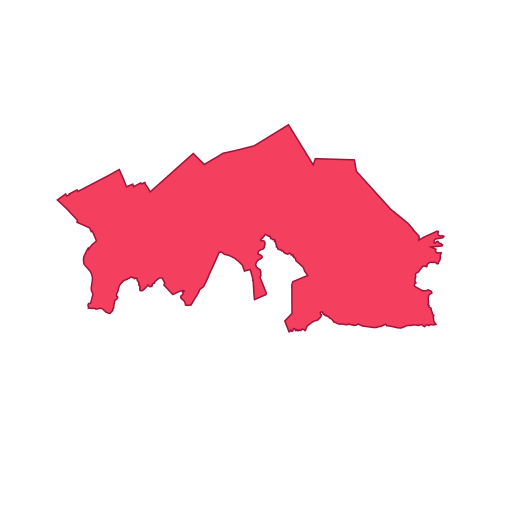 Cuauhtémoc, Zacatecas, Mexico, rotated 238°
{"feature_id": "50627088B81148704477128", "entity_name": "Cuauhtémoc", "entity_type": "district", "adm_level": 2, "iso_a3": "MEX", "parent_name": "Mexico", "parent_adm1": "Zacatecas", "projection": "natural_earth1", "projection_center": [-102.417, 22.46], "detail": "fine", "context": "isolated", "style": "filled", "palette": "rose", "viewbox_px": 512, "rotation_deg": 238, "n_neighbors": 0, "source": "geoboundaries", "source_scale": "gbopen_adm2", "svg_char_len": 6151}
<svg xmlns="http://www.w3.org/2000/svg" viewBox="0 0 512 512"><g transform="rotate(238 256 256)"><path d="M285.4,390.4L307.1,357.9L303.0,352.8L350.1,353.1L350.4,312.9L356.4,294.2L360.6,282.5L360.6,276.2L361.1,261.8L360.9,260.7L376.2,257.1L366.4,200.3L373.4,200.4L374.5,200.1L377.3,200.7L377.8,197.1L379.1,197.0L379.6,189.0L382.3,189.5L383.3,182.8L391.7,184.4L401.8,185.9L402.5,172.6L405.1,139.2L406.8,139.3L406.9,139.0L407.6,130.4L406.9,130.3L407.1,127.3L409.5,127.4L408.8,117.2L395.3,120.8L391.0,121.5L380.9,123.6L379.5,122.0L368.0,129.8L363.9,129.2L363.8,130.4L354.2,128.9L353.3,128.5L352.4,122.7L350.4,117.6L351.6,117.9L351.4,117.3L347.8,111.3L346.5,109.5L344.8,108.0L341.2,106.1L339.4,105.9L331.5,107.2L329.7,107.2L327.7,107.0L324.5,105.9L322.2,104.4L316.1,99.2L313.8,98.1L310.8,97.6L309.6,97.1L303.5,90.6L304.4,88.9L304.0,88.1L302.8,87.1L301.5,87.0L300.7,86.2L298.7,88.7L296.8,91.8L296.0,91.9L295.3,93.0L294.5,95.7L293.1,97.4L291.8,98.1L289.9,98.4L289.0,98.9L288.3,98.8L285.6,100.6L284.8,101.5L284.7,102.1L285.1,102.8L285.2,104.2L285.8,105.2L285.7,105.6L286.8,106.3L287.4,107.8L289.8,109.5L291.7,111.6L293.1,112.5L293.2,115.1L293.8,116.4L294.5,117.0L295.7,116.5L298.1,117.9L298.9,119.7L302.4,123.4L303.5,124.9L304.5,127.6L304.8,129.7L305.3,130.2L304.7,133.7L304.4,134.4L304.7,135.2L304.2,136.6L304.5,137.3L304.5,138.3L303.9,139.7L303.1,140.2L302.7,140.1L302.5,140.6L301.5,141.0L301.2,140.9L301.1,142.4L299.7,143.3L299.0,142.6L298.5,142.4L294.9,142.5L294.6,141.9L293.4,141.2L292.1,141.6L288.9,139.5L288.3,139.4L287.5,140.0L286.7,141.7L287.1,142.6L287.0,143.8L287.8,146.1L288.5,149.0L286.2,149.7L285.9,150.2L285.5,151.6L286.5,152.9L287.1,153.0L287.2,153.3L287.3,154.1L286.9,155.3L286.9,155.8L288.0,157.0L288.1,158.6L288.4,159.5L288.2,159.8L288.6,161.8L288.4,162.9L287.0,164.8L281.3,164.3L280.3,162.5L267.4,165.0L266.4,173.2L265.0,176.3L264.6,176.5L264.2,176.4L264.5,174.9L264.3,174.5L264.0,174.3L263.0,174.5L262.2,173.9L261.8,171.0L260.2,170.0L255.6,171.2L254.0,171.1L251.7,170.2L250.0,172.4L249.6,173.8L248.8,174.7L253.3,183.6L253.6,184.6L254.5,186.0L255.8,188.5L257.4,190.4L257.8,195.3L262.7,203.2L265.5,207.0L269.7,213.6L278.8,227.0L276.9,229.3L274.4,229.9L270.9,233.3L267.8,235.3L266.5,235.9L265.7,236.7L262.9,237.5L261.3,238.2L255.5,239.6L249.3,238.2L247.6,244.0L237.2,240.8L237.3,240.3L236.9,240.2L236.4,240.4L225.0,234.2L219.8,231.6L218.0,244.0L218.3,244.3L219.1,245.1L236.2,248.2L236.6,249.7L239.1,250.9L239.8,251.6L241.9,252.3L246.3,250.4L249.0,251.3L250.3,252.7L251.2,254.7L251.4,255.6L251.2,257.7L251.3,260.0L251.7,260.6L252.0,260.8L253.3,260.9L254.5,260.4L256.6,258.7L258.0,259.8L258.8,261.2L258.7,263.9L258.4,264.3L258.2,266.2L258.7,267.3L261.7,270.3L262.8,270.7L264.2,270.9L265.2,270.0L266.1,268.5L266.9,268.2L267.3,268.4L267.6,269.4L267.6,270.8L268.6,272.8L268.6,273.7L269.2,274.6L269.3,275.2L269.0,275.8L268.5,275.9L265.9,277.3L265.4,278.2L264.9,278.5L263.9,277.8L263.1,277.7L263.0,278.2L260.8,279.0L260.4,279.6L260.4,280.3L260.0,280.5L259.5,280.3L258.6,280.4L258.7,279.7L258.5,279.4L257.7,280.2L256.9,279.6L256.2,279.7L255.2,279.0L254.6,279.2L253.3,278.5L253.0,278.1L252.8,278.2L252.8,278.6L252.1,278.7L250.1,278.3L248.5,279.6L248.3,280.3L247.4,280.3L246.5,280.6L246.2,281.4L245.5,281.8L244.4,281.4L243.8,281.8L242.5,282.3L241.3,283.5L240.8,283.7L240.5,284.8L240.6,286.0L239.9,286.5L239.0,286.6L238.2,286.4L238.0,287.2L237.2,288.1L236.8,287.9L236.4,287.2L235.7,287.8L234.8,287.3L233.3,288.1L230.8,287.4L221.5,290.1L217.3,289.2L212.1,289.5L214.7,273.7L212.7,271.2L188.2,256.1L185.6,246.0L174.2,243.8L173.9,244.5L174.9,246.0L173.6,246.2L173.1,246.6L172.9,247.6L174.6,249.2L174.3,249.9L173.7,250.4L172.2,249.9L171.6,250.1L171.5,250.7L171.9,251.5L171.5,251.9L171.1,251.7L170.4,251.8L170.1,252.7L170.5,253.2L170.3,253.7L169.4,254.1L169.0,254.6L169.6,256.5L168.6,257.3L166.7,258.1L167.2,259.3L168.2,260.2L168.4,261.0L169.3,261.8L169.6,262.5L170.1,268.8L169.9,271.2L169.1,273.7L169.0,275.0L170.0,278.5L170.6,279.0L170.7,279.9L171.5,280.3L173.0,280.0L173.7,280.3L174.1,280.8L173.9,282.0L173.1,282.6L171.0,282.3L170.5,282.6L170.3,283.0L169.0,283.1L168.7,283.3L168.9,283.7L168.7,284.1L168.2,283.9L166.5,284.9L166.2,285.4L164.5,285.5L161.9,287.0L160.7,286.8L160.3,287.2L158.4,287.0L158.0,287.8L154.8,289.8L153.9,290.8L152.1,293.7L150.7,295.1L149.3,297.1L149.0,298.9L147.7,299.8L146.9,300.6L146.5,301.4L146.0,301.5L145.1,302.5L144.3,304.1L144.3,306.5L140.2,309.2L132.5,318.5L131.4,320.7L130.8,323.3L130.2,324.1L129.4,329.9L127.6,329.8L127.1,330.7L124.2,333.9L120.3,337.8L118.1,340.7L117.3,344.7L117.3,346.2L116.4,348.4L115.0,350.5L114.2,352.9L113.0,354.8L111.0,357.0L110.6,358.7L109.8,360.4L109.5,360.6L108.7,360.5L106.8,361.4L106.7,361.9L107.4,363.0L106.7,365.0L105.5,365.7L105.3,367.3L104.9,368.2L104.5,368.9L103.7,369.7L102.5,372.4L106.1,372.2L106.8,372.4L110.7,374.2L111.1,375.1L111.7,375.4L113.4,374.9L114.3,375.2L114.8,375.6L117.4,375.9L118.5,376.7L119.3,376.7L121.3,375.6L122.6,376.7L123.6,376.0L124.3,376.7L124.6,377.5L125.2,377.6L126.6,378.5L128.5,379.3L129.6,380.0L130.3,381.0L131.0,381.3L131.6,383.0L131.2,385.3L132.0,385.8L132.6,385.9L133.8,385.7L135.1,384.6L135.8,384.4L136.1,383.9L136.5,381.6L137.6,379.8L138.5,378.7L145.9,374.6L147.1,374.7L148.5,376.3L148.4,377.4L150.0,377.4L151.2,378.0L152.2,378.7L153.7,380.5L156.0,381.5L156.6,383.0L156.4,385.5L157.1,386.9L158.9,392.0L158.1,393.7L156.5,395.0L156.6,395.4L158.2,396.8L158.5,399.4L158.1,401.0L156.9,402.4L155.8,404.3L155.3,404.8L153.4,405.4L153.1,406.0L153.0,406.5L154.2,407.8L155.2,410.0L157.3,411.7L158.8,412.5L160.2,414.5L160.6,414.7L160.9,414.6L161.4,413.3L162.5,411.5L163.5,410.7L164.7,410.8L165.8,411.3L166.3,412.2L170.9,409.2L166.0,418.9L166.1,419.4L166.5,420.1L167.7,419.4L168.5,419.5L169.3,418.5L170.0,418.1L170.8,417.9L171.5,418.1L172.2,417.9L172.5,416.6L172.1,415.1L172.3,414.6L172.6,414.2L174.4,415.0L174.9,415.6L175.3,417.1L172.5,424.0L172.9,425.6L173.2,425.8L174.5,424.5L175.2,423.1L176.1,422.3L177.3,421.7L177.9,421.7L178.7,422.1L179.5,423.2L180.3,423.6L181.1,422.7L183.0,408.5L183.2,402.5L184.5,403.7L186.6,404.8L194.6,403.2L195.4,403.2L195.4,403.4L203.1,402.2L224.3,395.0L274.7,386.0L285.4,390.4Z" fill="#f43f5e" stroke="#9f1239" stroke-width="1.5"/></g></svg>